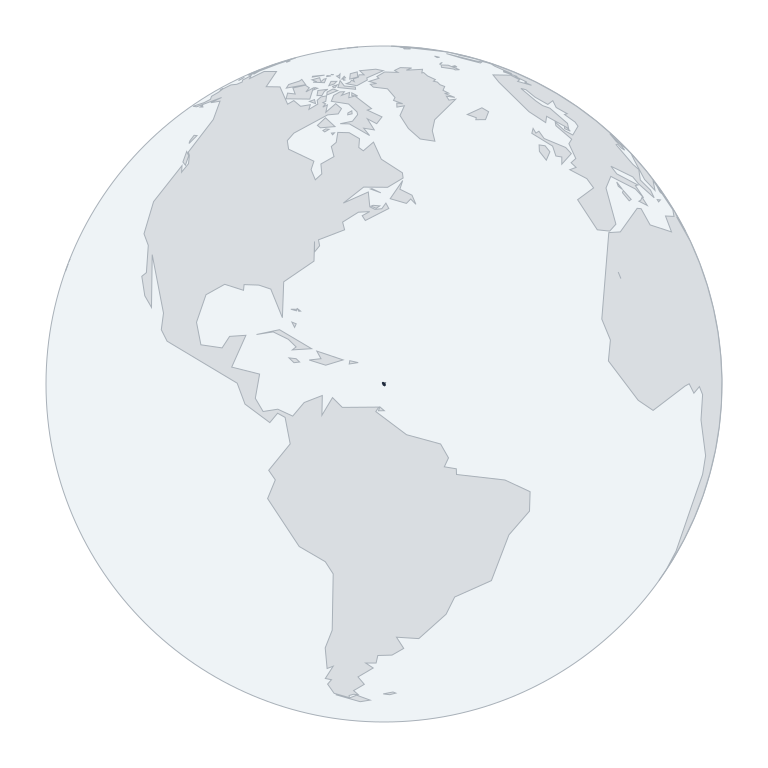 Martinique on an orthographic globe
{"feature_id": "FRA-1442", "entity_name": "Martinique", "entity_type": "Overseas department", "adm_level": 1, "iso_a3": "FRA", "parent_name": "France", "parent_adm1": "", "projection": "orthographic", "projection_center": [-60.978, 14.643], "detail": "fine", "context": "on_globe", "style": "filled", "palette": "slate", "viewbox_px": 768, "rotation_deg": 0, "n_neighbors": 0, "source": "natural_earth", "source_scale": "10m", "svg_char_len": 9709}
<svg xmlns="http://www.w3.org/2000/svg" viewBox="0 0 768 768"><circle cx="384" cy="384" r="338" fill="#eef3f6" stroke="#a8b0b8"/><path d="M285.1,417.4L277.6,413.2L269.8,422.6L245.0,404.1L237.2,383.2L167.1,341.2L161.3,329.7L163.5,313.1L152.2,254.6L151.5,307.4L144.8,295.8L141.8,276.3L146.4,272.6L148.3,245.4L144.0,233.8L153.6,201.6L182.0,165.6L181.6,172.2L188.5,163.7L189.4,155.3L188.3,152.1L213.3,119.5L220.0,101.2L210.8,102.7L221.6,97.5L196.6,106.8L193.0,106.3L204.0,102.7L210.5,99.3L211.5,96.3L218.4,92.3L222.8,89.0L231.0,84.9L236.8,84.3L242.2,82.0L242.6,80.1L251.0,75.7L249.6,78.6L264.1,71.5L276.5,71.5L266.2,86.7L280.0,86.9L287.6,104.2L293.8,100.6L300.6,106.3L310.3,104.7L308.9,109.4L317.8,104.1L317.2,100.3L320.9,96.9L326.5,95.9L325.8,101.3L322.9,102.6L325.6,103.8L322.8,107.1L327.4,104.9L325.8,112.3L335.7,103.7L341.5,108.6L338.2,113.9L327.6,114.9L293.9,133.1L287.3,140.6L288.6,149.2L313.9,161.2L311.1,169.6L315.3,179.8L321.8,173.9L320.9,164.0L334.0,156.6L331.3,146.5L336.2,142.4L337.8,132.4L349.2,132.7L359.5,138.7L358.8,147.5L363.3,150.8L373.5,142.1L381.3,159.2L402.4,172.8L403.1,178.0L387.6,187.3L363.6,187.1L343.3,203.1L368.3,192.0L369.8,206.8L375.0,209.4L381.8,208.7L385.9,203.1L388.8,208.5L365.3,220.5L362.2,215.7L369.7,211.6L358.4,212.2L342.6,222.1L344.6,229.8L318.5,239.8L319.6,245.8L314.5,252.0L314.5,241.5L314.0,261.1L283.7,281.8L282.4,317.7L270.8,289.1L258.9,285.1L244.1,284.6L243.5,290.3L224.7,284.3L206.0,294.7L196.5,322.3L200.9,344.8L222.1,347.9L229.6,336.4L245.9,335.3L231.7,367.1L259.6,374.1L255.3,398.3L263.1,411.5L277.8,409.2L292.7,416.1L304.2,402.5L322.3,395.5L321.9,415.3L332.5,397.6L342.3,407.4L378.8,407.1L375.8,411.6L406.5,434.7L440.6,444.0L448.5,457.9L444.3,466.8L456.3,468.8L456.5,474.5L504.9,480.0L530.1,491.7L529.5,511.1L508.9,534.9L491.4,580.6L454.7,597.0L446.1,614.2L418.8,638.6L396.5,637.2L403.7,648.4L392.0,655.1L377.8,655.5L376.1,663.0L365.6,663.0L373.2,668.0L358.0,676.9L364.3,684.3L353.6,690.6L358.2,694.6L353.5,694.3L349.1,695.5L349.3,697.6L334.1,693.3L327.6,684.1L331.5,679.7L325.3,678.5L333.2,666.2L327.1,668.5L325.2,647.9L332.2,630.2L333.2,573.9L325.3,561.7L299.2,546.5L267.6,498.6L275.3,479.9L268.7,470.3L290.2,443.9L285.1,417.4ZM65.4,271.4L68.2,263.9L66.2,269.4L65.4,271.4ZM70.1,258.9L69.1,261.5L69.9,259.3L70.1,258.9ZM279.5,329.7L311.6,348.7L292.3,349.9L296.1,346.9L288.3,339.3L273.2,331.9L256.5,334.5L279.5,329.7ZM296.4,310.8L290.8,309.2L296.5,309.3L296.4,310.8ZM186.7,151.5L188.7,155.7L185.4,165.2L182.9,162.0L186.7,151.5ZM194.1,135.3L197.0,135.6L189.0,143.5L189.9,140.8L194.1,135.3ZM202.6,105.4L202.9,107.0L200.3,107.0L202.6,105.4ZM222.0,89.3L219.8,90.3L223.0,88.2L222.0,89.3ZM331.4,133.1L334.5,132.8L332.6,134.8L331.4,133.1ZM329.1,129.3L324.7,131.9L322.9,130.5L325.7,128.9L329.1,129.3ZM238.4,80.4L244.4,77.3L239.4,80.2L238.4,80.4ZM335.0,126.6L320.4,127.8L317.4,125.4L325.5,117.8L335.0,126.6ZM248.5,75.5L262.9,69.0L259.0,70.2L277.9,64.0L259.5,71.0L253.9,74.1L253.4,73.6L248.5,75.5ZM314.5,99.6L315.5,103.6L309.5,101.4L314.5,99.6ZM309.8,99.1L286.1,98.8L287.6,93.1L295.2,94.0L292.9,88.0L305.3,85.2L309.3,87.8L305.9,91.9L313.3,87.9L309.8,99.1ZM286.1,62.1L290.4,60.8L287.0,62.1L286.1,62.1ZM321.9,95.5L317.0,95.6L317.9,90.5L327.9,89.3L324.4,91.3L321.9,95.5ZM286.3,88.1L288.7,84.5L299.4,81.1L301.8,79.4L305.7,84.7L286.3,88.1ZM327.1,92.0L333.0,89.0L337.7,90.6L326.8,95.0L327.1,92.0ZM313.9,89.8L314.8,87.5L317.6,88.3L313.9,89.8ZM357.7,96.0L351.8,95.6L351.8,92.8L357.7,96.0ZM334.9,87.8L333.2,87.3L332.5,86.3L337.3,84.8L334.9,87.8ZM313.0,82.2L316.9,81.8L311.9,79.8L319.7,77.7L320.9,81.8L323.7,79.2L326.1,78.6L324.4,82.7L313.0,82.2ZM340.1,80.6L344.3,86.0L355.3,87.0L355.6,89.3L337.9,87.5L340.1,80.6ZM331.0,81.4L336.7,81.4L334.2,84.0L328.8,85.7L331.0,81.4ZM324.6,75.1L312.3,77.1L312.5,76.3L324.6,75.1ZM343.8,80.3L342.7,79.1L344.9,80.0L343.8,80.3ZM331.1,75.9L326.7,76.6L327.0,75.6L331.1,75.9ZM344.2,76.3L345.5,77.8L341.9,78.9L344.2,76.3ZM338.6,75.6L340.0,74.0L339.7,78.3L336.6,76.1L338.6,75.6ZM332.1,74.8L330.8,74.4L333.8,74.6L332.1,74.8ZM357.2,71.9L357.7,77.0L349.7,79.1L350.3,73.7L357.2,71.9ZM360.2,701.7L335.7,694.7L349.1,698.1L356.7,695.2L370.1,700.1L360.2,701.7ZM383.2,693.9L393.0,692.0L395.8,693.1L389.7,694.7L383.2,693.9ZM466.6,56.3L461.2,55.1L453.7,53.6L458.0,54.3L455.9,53.9L452.1,53.1L448.5,52.3L466.6,56.3ZM448.4,52.3L443.2,51.5L402.2,47.0L391.0,46.2L394.0,46.2L421.3,48.2L448.4,52.3ZM295.8,57.8L289.2,59.7L288.9,59.8L294.1,58.5L277.9,64.0L259.0,70.2L260.6,69.4L247.7,74.8L271.5,65.4L295.8,57.8ZM685.6,231.5L680.8,222.8L676.9,216.0L676.5,215.4L675.8,214.2L682.2,225.8L676.6,216.9L690.3,241.3L699.6,263.2L707.3,285.7L713.4,308.6L717.9,332.0L720.7,355.5L721.9,379.3L721.4,403.0L719.2,426.7L715.4,450.1L709.9,473.2L702.9,495.9L694.2,518.0L684.0,539.5L672.4,560.2L659.3,580.0L658.9,580.5L666.5,569.2L676.1,551.0L692.9,502.2L702.6,474.4L705.6,455.7L701.0,419.9L702.6,394.6L699.4,386.6L693.9,393.2L689.2,383.8L685.1,386.0L653.1,410.4L638.2,400.3L608.4,360.9L610.4,340.0L601.8,319.1L608.8,232.6L620.3,231.9L637.2,208.3L641.1,208.7L650.1,224.9L671.5,231.9L665.5,216.0L674.0,216.4L672.8,209.7L653.0,180.3L655.0,190.4L644.6,179.5L634.3,160.2L630.9,153.3L626.7,149.0L619.8,143.8L609.8,133.7L616.3,141.6L620.5,144.7L624.7,150.2L621.1,147.9L617.7,144.1L616.1,144.7L632.8,164.3L638.8,169.5L640.3,180.0L650.5,190.1L654.2,197.8L638.3,183.6L632.8,176.9L610.9,166.2L616.8,173.9L637.9,185.0L635.4,185.6L643.6,197.8L635.4,189.0L610.8,176.4L606.0,188.0L615.9,224.2L609.7,231.1L597.3,229.8L577.6,199.7L593.6,187.9L586.8,178.6L569.8,169.7L576.1,167.4L571.1,162.7L575.8,158.5L568.9,143.7L571.7,139.2L555.9,125.7L555.2,122.0L564.7,130.7L572.8,135.0L578.0,126.2L575.1,122.1L564.5,114.5L567.2,113.7L556.2,107.5L552.8,100.7L547.8,104.4L535.1,97.2L525.9,89.7L520.9,88.4L535.8,100.9L542.6,105.6L549.9,108.2L567.5,123.4L568.6,128.5L546.6,116.3L545.7,122.6L529.0,111.7L498.9,82.2L493.0,74.9L510.7,75.2L519.6,79.7L517.7,81.4L531.5,85.3L524.6,82.2L526.9,82.1L515.4,76.5L516.4,76.2L503.6,71.9L503.6,71.0L511.8,73.7L494.7,66.2L491.3,64.0L486.9,62.6L483.2,61.7L481.3,60.4L478.2,59.5L477.6,59.4L471.0,57.8L458.5,55.0L458.5,54.6L463.0,55.6L469.3,57.0L492.2,63.9L514.5,72.3L536.2,82.3L557.1,93.8L577.1,106.7L596.2,121.0L614.2,136.6L631.1,153.5L646.7,171.5L661.1,190.6L674.0,210.6L685.6,231.5ZM618.2,272.0L620.8,278.4L620.9,278.5L618.2,272.0ZM379.9,406.9L384.3,410.7L378.4,410.8L379.9,406.9ZM289.0,357.9L296.1,358.7L299.6,362.0L294.0,362.7L289.0,357.9ZM349.8,360.7L358.2,362.6L349.2,364.0L349.8,360.7ZM316.8,351.1L343.1,359.9L325.7,365.2L309.2,360.0L321.0,358.7L316.8,351.1ZM291.9,322.1L296.2,323.8L294.6,327.4L291.9,322.1ZM300.6,311.1L298.8,311.3L296.9,308.2L300.6,311.1ZM371.1,206.1L373.1,205.3L379.8,205.9L376.2,208.3L371.1,206.1ZM412.0,195.2L415.9,204.3L410.7,199.0L406.4,203.4L390.2,198.7L402.7,180.5L399.9,189.2L412.0,195.2ZM371.9,188.6L380.8,192.8L370.5,189.0L371.9,188.6ZM539.1,144.9L545.1,145.8L549.9,151.8L546.3,160.2L539.4,151.4L539.1,144.9ZM552.6,146.1L531.8,133.3L533.1,128.4L535.9,133.1L538.9,131.2L544.1,138.5L565.7,147.5L571.3,153.6L561.8,164.2L561.8,157.0L555.9,156.0L552.6,146.1ZM476.3,117.7L467.3,114.5L481.9,107.8L488.6,111.7L485.5,119.6L475.8,119.7L476.3,117.7ZM352.1,113.8L347.7,114.8L347.9,113.0L351.8,110.8L352.1,113.8ZM355.0,96.0L371.5,108.6L367.3,110.1L382.0,116.9L376.7,123.7L367.3,118.8L374.3,129.9L363.7,128.2L369.6,135.5L349.4,123.9L340.2,123.7L352.5,121.2L357.6,114.7L357.0,111.9L348.6,104.0L331.3,101.3L333.7,95.4L339.9,91.9L344.4,91.7L341.5,95.4L349.6,92.4L348.8,97.7L355.0,96.0ZM411.6,68.0L406.3,70.2L422.5,69.3L421.8,72.9L423.7,72.6L427.5,75.9L435.4,79.6L433.5,81.2L437.4,82.1L440.0,84.7L444.7,86.5L443.0,90.3L448.6,93.1L444.6,93.4L454.8,97.4L446.4,96.2L448.9,100.1L455.7,99.2L434.7,119.7L432.3,130.8L434.9,141.2L420.2,139.0L408.4,128.5L400.0,115.5L404.4,105.8L396.9,107.1L396.8,103.1L402.7,103.7L393.5,100.4L395.0,97.5L387.5,88.8L373.3,87.1L370.3,84.3L376.6,83.5L369.1,81.4L378.9,78.3L376.9,76.5L384.6,72.0L397.9,72.4L394.6,70.4L400.3,67.6L411.6,68.0ZM359.7,70.7L375.8,69.2L383.3,70.7L366.8,77.9L367.3,80.0L356.9,85.7L346.3,83.7L350.2,82.1L351.5,80.2L354.3,81.6L353.1,79.1L358.5,77.1L359.0,74.8L364.1,74.8L359.7,70.7ZM638.9,201.2L640.7,200.3L642.1,197.3L647.3,205.5L638.9,201.2ZM622.5,192.7L623.2,190.4L631.2,199.4L629.2,200.8L622.5,192.7ZM616.7,182.0L622.6,189.6L618.3,186.3L616.7,182.0ZM564.6,128.6L564.5,126.2L567.2,127.8L570.3,131.2L564.6,128.6ZM459.5,69.7L455.2,69.9L453.5,69.0L441.5,67.3L441.1,65.0L448.2,65.2L459.5,69.7ZM657.2,186.6L661.6,193.6L660.0,192.0L658.8,189.9L657.2,186.6ZM657.2,199.6L660.4,199.9L658.6,201.9L657.2,199.6ZM457.0,67.0L452.1,66.4L454.9,65.7L457.0,67.0ZM440.2,63.4L442.3,62.4L439.7,64.6L440.2,63.4ZM446.4,53.6L463.6,57.9L475.7,60.9L482.0,61.9L480.4,63.0L461.8,58.2L446.4,53.6ZM407.7,47.5L402.2,47.6L399.6,47.1L400.5,47.0L407.7,47.5ZM407.9,47.8L410.5,49.0L404.2,48.9L403.4,47.9L407.9,47.8ZM434.5,56.1L439.6,57.3L437.2,57.6L434.5,56.1ZM289.5,60.7L290.3,60.8L287.0,61.6L289.5,60.7ZM338.6,49.2L344.6,48.5L338.3,49.4L338.6,49.2ZM358.0,47.2L347.0,48.2L357.5,47.1L358.0,47.2Z" fill="#d9dde1" stroke="#a8b0b8" stroke-width="1"/><path d="M385.0,385.1L384.9,385.1L384.8,385.3L384.7,385.4L384.6,385.2L384.4,385.1L384.2,385.0L383.8,385.0L383.6,385.1L383.4,384.9L383.3,384.7L383.6,384.5L383.8,384.6L383.9,384.4L383.8,384.2L383.7,384.2L383.4,384.2L383.1,384.0L383.0,383.9L382.9,383.8L382.9,383.7L382.9,383.4L382.6,383.1L382.6,382.9L382.7,382.7L382.9,382.6L383.1,382.6L383.3,382.7L383.5,382.8L383.8,382.9L383.9,383.0L384.0,383.2L384.1,383.4L384.3,383.2L384.6,383.2L384.5,383.3L384.4,383.4L384.2,383.5L384.3,383.6L384.2,383.7L384.3,383.8L384.2,383.8L384.3,383.9L384.5,383.9L384.4,383.9L384.4,384.0L384.5,384.1L384.7,384.3L384.8,384.3L384.8,384.5L384.9,384.8L384.9,385.0L385.0,385.0L385.0,385.1Z" fill="#64748b" stroke="#1e293b" stroke-width="1.5"/></svg>